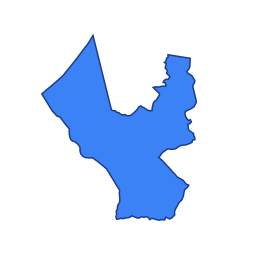 outline of Garanhuns, Pernambuco, Brazil, rotated 167°
{"feature_id": "56859067B42903822347578", "entity_name": "Garanhuns", "entity_type": "district", "adm_level": 2, "iso_a3": "BRA", "parent_name": "Brazil", "parent_adm1": "Pernambuco", "projection": "robinson", "projection_center": [-36.525, -8.937], "detail": "fine", "context": "isolated", "style": "filled", "palette": "blue", "viewbox_px": 256, "rotation_deg": 167, "n_neighbors": 0, "source": "geoboundaries", "source_scale": "gbopen_adm2", "svg_char_len": 2501}
<svg xmlns="http://www.w3.org/2000/svg" viewBox="0 0 256 256"><g transform="rotate(167 128 128)"><path d="M141.3,223.6L141.3,226.0L148.7,218.5L152.1,215.9L162.6,207.0L175.3,197.0L180.0,193.3L181.5,192.5L194.5,185.6L197.2,184.3L204.3,180.6L198.0,161.7L196.2,158.7L194.6,155.7L191.8,153.9L190.7,151.5L188.2,145.8L186.9,143.2L185.3,140.2L186.1,137.9L186.5,135.6L186.7,133.4L186.5,129.8L185.2,127.9L182.8,126.5L180.9,124.1L179.9,122.3L179.2,120.0L180.0,115.3L179.6,112.9L178.2,110.4L175.8,108.6L172.1,107.5L169.0,106.7L164.8,101.8L161.9,98.1L158.1,93.0L157.2,90.2L154.8,83.1L153.9,80.6L153.3,78.7L152.5,76.0L151.6,73.6L151.1,71.9L150.1,69.2L150.9,67.2L151.4,64.5L152.0,60.2L153.1,57.2L155.6,54.7L156.6,51.6L158.2,49.4L158.4,46.9L159.8,43.9L159.5,41.6L157.3,41.5L155.5,41.6L152.9,40.7L150.0,40.9L148.2,40.5L145.7,40.8L144.0,41.6L141.5,39.8L138.7,38.0L136.8,37.8L135.0,38.7L132.8,37.4L129.7,37.5L128.1,35.6L127.3,33.8L125.7,34.6L123.3,33.8L120.7,32.2L118.0,31.1L115.4,31.1L112.9,30.2L111.2,32.6L109.6,31.4L107.9,30.0L105.6,30.5L102.0,32.8L101.8,34.8L100.8,37.4L98.8,39.6L96.2,42.6L94.5,44.4L92.1,45.5L90.9,47.1L89.2,49.5L88.2,52.1L86.7,55.1L85.0,56.0L83.5,56.7L81.7,58.6L83.9,60.2L86.0,64.5L87.5,66.1L89.1,67.4L91.0,69.2L96.8,79.7L100.8,86.6L101.8,88.4L104.7,92.5L103.1,93.5L101.6,95.0L99.7,96.5L97.6,97.2L96.1,98.0L93.8,98.6L91.9,98.0L89.5,97.2L86.7,97.0L84.9,97.6L82.0,98.8L79.9,99.1L74.9,98.5L69.0,99.5L67.6,101.8L65.5,101.5L65.1,103.8L65.6,105.8L65.4,107.9L66.8,109.5L68.9,111.9L69.5,113.6L69.0,116.1L68.8,118.3L66.9,118.2L64.9,119.6L65.4,122.1L67.2,121.6L68.4,123.6L69.2,126.2L69.5,128.5L68.4,131.2L62.0,132.7L58.9,133.9L55.6,137.7L55.4,140.1L55.5,149.9L55.6,153.5L54.9,155.1L52.8,157.6L52.2,159.4L54.1,164.8L55.6,166.3L57.1,167.5L58.0,169.7L55.8,171.5L54.0,173.7L52.7,178.4L51.7,181.9L72.6,190.4L72.9,188.2L74.7,187.3L76.0,184.7L77.8,183.6L76.1,181.9L77.3,180.2L78.3,178.0L77.2,176.3L76.9,174.5L78.2,172.7L76.6,170.4L75.6,168.6L77.8,166.5L80.2,166.9L82.2,166.1L83.5,164.6L81.5,163.5L81.4,160.6L83.2,160.5L85.4,161.1L88.8,161.0L90.9,161.6L92.6,162.0L94.4,161.9L89.5,154.1L90.5,152.6L92.6,150.4L94.4,148.8L96.4,147.9L97.7,146.6L99.9,142.1L100.7,139.5L104.1,140.3L105.7,141.9L107.1,143.4L109.1,145.2L110.8,146.7L112.7,146.1L114.7,144.1L118.1,141.9L120.3,140.7L123.3,139.6L125.8,139.8L127.5,141.6L130.4,141.9L132.3,143.3L133.6,145.2L135.3,145.6L136.4,147.6L138.4,148.1L140.0,149.3L140.1,151.4L140.3,161.1L140.5,175.0L141.2,221.7L141.3,223.6Z" fill="#3b82f6" stroke="#1e3a8a" stroke-width="1.5"/></g></svg>